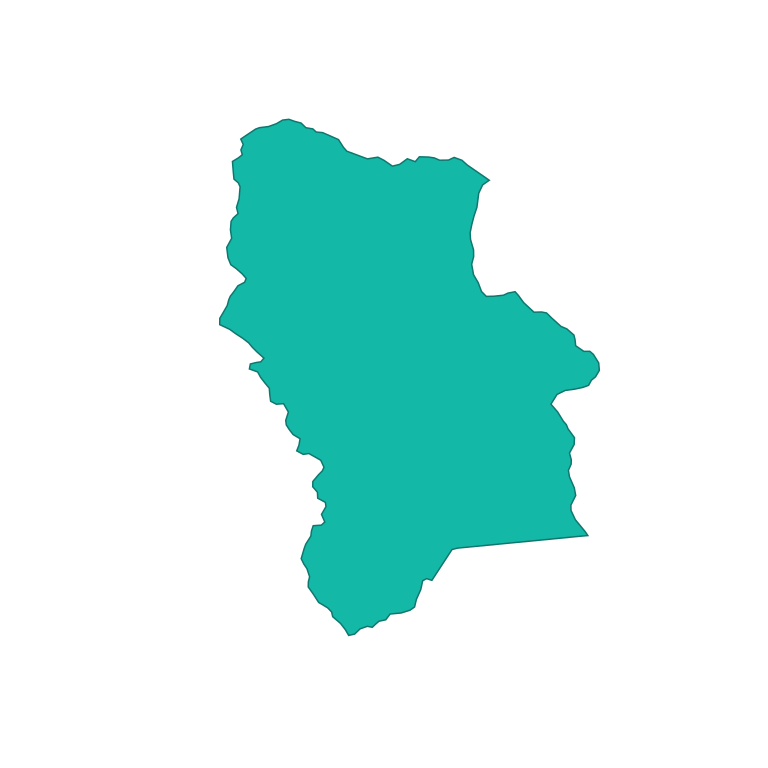 Urutaí, Goiás, Brazil, rotated 303°
{"feature_id": "56859067B7648793924799", "entity_name": "Urutaí", "entity_type": "district", "adm_level": 2, "iso_a3": "BRA", "parent_name": "Brazil", "parent_adm1": "Goiás", "projection": "robinson", "projection_center": [-48.198, -17.435], "detail": "fine", "context": "isolated", "style": "filled", "palette": "teal", "viewbox_px": 768, "rotation_deg": 303, "n_neighbors": 0, "source": "geoboundaries", "source_scale": "gbopen_adm2", "svg_char_len": 2667}
<svg xmlns="http://www.w3.org/2000/svg" viewBox="0 0 768 768"><g transform="rotate(303 384 384)"><path d="M511.4,130.5L508.2,135.5L502.4,136.5L499.1,140.3L494.3,138.7L488.1,135.7L479.5,142.3L474.1,146.6L473.4,152.2L471.0,155.9L460.4,161.6L451.8,164.1L447.4,168.8L441.2,167.2L437.1,167.2L429.6,171.3L423.2,176.9L412.9,177.7L404.9,184.4L400.6,190.6L400.3,197.1L399.1,205.2L397.5,210.9L393.4,211.7L386.9,208.0L379.8,207.8L373.8,207.3L369.9,208.0L364.4,209.8L356.7,210.2L349.7,210.5L344.3,213.9L345.8,224.7L345.4,232.0L345.4,240.7L344.8,248.0L343.0,253.9L341.7,260.1L340.3,269.2L335.5,268.6L332.4,265.1L328.0,261.0L323.3,262.9L325.3,271.5L322.3,277.0L319.9,283.9L318.0,290.1L313.1,293.8L307.8,298.3L308.4,304.7L312.8,310.5L308.4,319.1L300.0,321.4L296.5,324.3L294.2,329.3L292.1,335.3L292.4,343.4L286.4,346.0L280.4,347.2L281.0,354.6L284.8,358.9L285.6,372.5L281.5,379.0L277.5,379.6L272.2,378.5L263.5,377.4L259.0,380.2L257.0,387.1L252.1,390.6L252.8,399.3L249.6,402.1L240.6,402.6L236.0,409.5L231.5,408.3L226.6,401.8L221.3,403.2L216.6,405.5L207.1,405.6L202.4,406.7L192.4,409.7L189.3,414.9L187.2,419.9L181.8,426.6L176.9,428.3L172.5,431.0L169.2,439.3L165.2,448.2L165.6,458.6L164.3,464.2L160.9,467.7L159.5,478.0L156.9,485.4L153.9,491.3L158.3,495.6L165.6,497.3L171.7,502.0L173.6,506.7L178.2,507.8L182.3,509.0L187.2,513.9L194.4,514.4L201.3,523.1L208.4,529.0L213.6,531.1L220.9,528.5L231.6,526.8L240.1,523.6L244.0,525.8L245.4,531.1L282.3,531.2L286.6,535.3L362.1,630.1L367.9,637.5L369.8,633.0L374.4,618.4L379.8,609.7L384.2,606.7L394.9,605.5L400.6,600.1L407.2,590.1L412.0,585.7L418.7,584.6L422.4,582.4L427.1,577.2L436.9,576.4L442.7,573.0L446.6,562.8L449.2,559.1L450.4,554.8L455.1,544.9L458.0,535.0L469.5,534.8L477.3,539.5L483.5,546.7L489.4,552.6L494.3,556.3L500.2,555.9L505.2,557.5L512.7,557.2L518.6,552.6L522.9,543.4L523.5,538.8L520.2,533.8L520.5,523.9L525.2,520.1L528.5,516.6L529.8,507.3L528.7,501.1L530.7,488.6L532.1,481.6L530.2,476.9L525.9,470.7L528.3,456.9L531.5,448.4L532.8,443.7L527.7,438.4L523.5,435.8L517.5,428.4L513.2,422.1L514.7,415.4L520.3,407.8L524.4,399.6L527.4,396.8L532.2,392.3L539.7,389.8L545.2,386.1L552.3,377.9L557.7,373.9L565.5,370.8L573.9,368.0L582.8,365.7L595.7,359.5L604.7,358.3L612.2,361.3L613.0,334.6L614.1,327.5L612.2,319.4L606.9,316.1L602.0,308.8L601.0,303.0L598.5,297.6L593.8,289.9L587.5,289.1L585.6,280.9L576.7,277.5L571.3,272.4L571.6,262.3L570.9,255.3L563.8,247.5L562.2,240.4L560.7,233.6L559.0,226.1L560.4,221.1L564.2,212.7L561.4,195.6L558.4,189.9L559.2,185.4L556.4,178.9L557.7,172.3L555.6,166.0L554.2,160.1L550.1,155.2L543.7,152.0L537.0,146.9L531.2,140.0L527.9,137.5L515.1,132.0L511.4,130.5Z" fill="#14b8a6" stroke="#0f766e" stroke-width="1.5"/></g></svg>